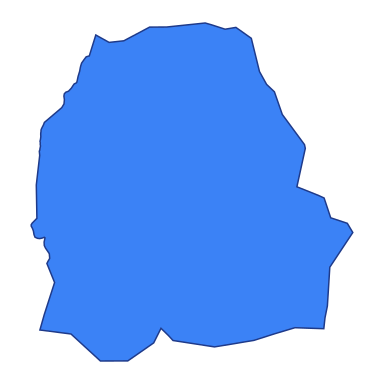 Jargalant, Hövsgöl, Mongolia
{"feature_id": "93677404B92593673240839", "entity_name": "Jargalant", "entity_type": "district", "adm_level": 2, "iso_a3": "MNG", "parent_name": "Mongolia", "parent_adm1": "Hövsgöl", "projection": "robinson", "projection_center": [99.301, 48.56], "detail": "fine", "context": "isolated", "style": "filled", "palette": "blue", "viewbox_px": 384, "rotation_deg": 0, "n_neighbors": 0, "source": "geoboundaries", "source_scale": "gbopen_adm2", "svg_char_len": 1326}
<svg xmlns="http://www.w3.org/2000/svg" viewBox="0 0 384 384"><path d="M235.9,27.4L225.1,29.2L211.5,24.8L205.2,23.0L166.8,27.0L149.6,27.1L123.8,40.8L109.1,42.4L95.8,35.0L89.3,55.9L86.2,56.8L84.0,59.7L81.6,63.1L80.7,66.0L80.3,67.7L79.7,71.1L78.1,76.4L77.2,80.7L76.7,82.5L75.8,83.2L74.2,83.9L73.2,85.3L71.4,88.1L68.5,91.2L65.8,92.2L64.3,93.8L63.9,96.1L64.4,99.7L64.0,103.9L61.8,107.6L61.7,107.7L44.4,122.4L43.4,125.0L42.3,127.1L41.2,129.4L41.0,130.5L41.0,131.5L40.8,132.7L40.7,133.9L40.8,136.7L40.5,139.2L40.0,141.3L40.3,142.7L40.2,144.3L40.5,146.0L39.9,149.0L39.8,150.2L39.3,151.1L39.7,155.4L36.3,185.0L36.9,218.3L32.2,223.1L31.2,224.7L31.2,226.1L32.4,228.3L33.4,231.0L34.0,234.6L35.0,237.2L37.4,238.3L39.6,238.6L42.1,238.1L44.3,237.3L45.0,237.9L44.7,239.3L44.1,242.0L44.3,245.6L45.5,248.1L47.7,251.3L49.3,253.7L49.5,256.1L49.7,258.4L48.1,261.1L46.9,263.5L54.6,282.5L44.2,314.8L39.9,330.0L71.0,334.0L100.4,361.0L127.8,360.9L153.7,342.9L161.0,328.3L168.4,335.5L173.0,340.5L214.5,346.9L234.7,343.6L244.1,342.0L253.9,340.4L274.9,333.7L295.0,327.7L323.8,328.7L325.0,317.8L327.4,305.9L327.4,305.7L329.8,267.2L352.8,232.5L347.3,223.3L330.7,217.8L324.1,198.0L319.1,195.7L296.9,186.8L305.3,148.4L304.5,144.6L282.3,114.5L274.4,91.8L266.6,84.4L259.5,71.6L251.3,38.3L235.9,27.4Z" fill="#3b82f6" stroke="#1e3a8a" stroke-width="1.5"/></svg>